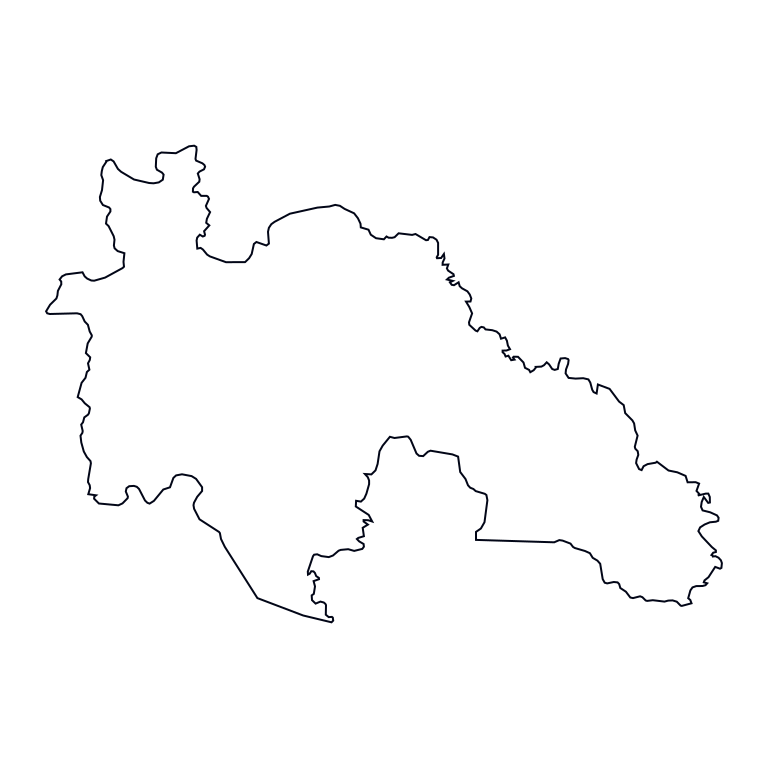 outline of Savanes
{"feature_id": "CIV-3431", "entity_name": "Savanes", "entity_type": "Department", "adm_level": 1, "iso_a3": "CIV", "parent_name": "Ivory Coast", "parent_adm1": "", "projection": "albers", "projection_center": [-5.464, 9.628], "detail": "fine", "context": "isolated", "style": "outline", "palette": "ink", "viewbox_px": 768, "rotation_deg": 0, "n_neighbors": 0, "source": "natural_earth", "source_scale": "10m", "svg_char_len": 6065}
<svg xmlns="http://www.w3.org/2000/svg" viewBox="0 0 768 768"><path d="M344.6,208.9L354.1,213.3L357.9,218.2L360.5,223.7L360.8,227.4L368.5,229.7L370.8,234.7L376.0,238.2L383.9,239.3L386.5,236.5L388.6,237.7L392.1,237.8L394.6,237.2L398.6,233.3L412.1,234.9L415.5,234.0L426.0,240.2L427.9,240.0L429.5,237.1L433.0,237.4L436.5,239.7L438.1,242.9L438.1,254.8L436.7,257.3L437.0,258.2L441.1,258.0L443.9,254.0L444.5,258.5L442.7,262.4L442.6,264.8L448.3,264.5L446.9,268.4L448.1,270.6L453.5,274.2L453.9,275.9L448.9,277.7L447.0,279.5L452.8,280.9L449.9,282.3L451.7,284.8L454.0,285.2L458.6,282.3L459.7,286.2L462.0,288.3L467.4,291.3L469.8,294.6L471.3,298.5L470.5,301.5L466.0,301.6L469.3,307.0L472.1,313.4L469.0,322.3L469.3,324.8L475.6,330.6L477.4,331.3L479.7,327.9L481.4,326.9L483.8,327.4L485.5,329.4L492.3,330.2L496.6,331.6L499.6,334.3L501.0,338.7L505.1,337.4L506.9,340.7L507.9,345.6L510.0,349.2L506.5,350.5L502.6,350.6L502.6,352.2L504.5,353.9L505.6,356.5L508.4,355.7L511.2,360.2L514.5,359.6L512.9,357.5L513.7,356.7L518.0,356.8L523.5,362.5L525.0,367.8L529.1,369.9L530.3,372.2L533.7,370.2L535.9,367.5L535.7,366.9L541.4,366.6L544.0,365.2L546.7,362.3L549.1,364.4L552.2,369.0L554.7,369.9L557.8,369.0L558.7,363.8L560.6,358.5L565.1,358.1L568.1,359.1L568.6,360.1L568.1,363.9L566.0,369.5L565.6,373.4L568.6,377.9L575.6,378.6L583.2,378.2L588.4,379.4L590.3,382.6L592.2,389.7L593.6,392.1L596.6,393.5L597.9,384.5L609.6,388.9L619.1,401.6L623.7,405.1L625.2,413.1L632.4,420.4L634.1,423.4L635.2,430.4L637.6,435.6L634.8,446.8L635.3,448.7L637.7,451.2L638.3,454.9L636.6,459.6L636.1,463.1L639.1,469.1L641.6,470.1L643.6,466.2L647.6,464.1L655.7,462.7L656.9,461.7L668.5,470.5L677.3,472.3L685.6,475.9L687.6,482.3L695.7,482.2L699.1,483.6L696.5,490.9L699.5,494.2L697.9,495.5L705.8,493.6L708.3,493.6L709.8,497.0L709.9,502.5L708.2,502.9L703.8,497.0L701.7,502.0L701.0,506.8L702.6,510.4L710.2,512.3L717.0,515.4L718.6,517.8L718.2,520.8L715.9,521.7L709.9,522.3L704.6,524.5L700.1,527.4L698.4,531.1L701.8,536.4L711.8,547.0L715.9,550.4L715.9,552.0L713.2,552.7L711.5,555.0L712.5,555.4L712.8,556.5L715.5,556.2L718.5,557.7L720.9,560.3L721.9,563.1L721.4,567.9L720.0,568.7L715.2,566.9L708.5,577.2L704.5,580.4L703.8,582.3L707.2,583.3L705.5,585.2L702.6,586.0L696.2,586.1L692.5,587.4L690.4,590.4L688.2,598.2L690.3,600.0L691.5,603.3L681.8,605.9L680.6,605.6L676.8,601.7L672.6,600.4L668.2,600.6L664.5,601.6L652.8,600.2L647.2,600.9L645.7,600.5L642.4,597.2L640.1,596.3L633.0,598.1L630.3,597.5L625.9,591.7L620.3,588.0L619.2,584.1L617.6,582.4L613.8,582.0L607.2,583.4L604.7,582.7L602.7,579.1L600.2,563.8L597.4,560.6L592.7,557.8L589.9,553.2L585.0,551.0L574.8,548.0L573.0,546.9L570.5,543.6L562.6,540.6L559.3,540.1L554.2,542.3L476.0,539.9L476.0,531.9L480.9,528.5L484.5,522.2L487.4,500.2L486.4,495.0L484.8,493.8L475.7,491.1L473.4,489.0L470.2,487.7L468.0,485.3L465.5,479.0L460.2,472.0L458.1,456.6L452.4,454.4L430.5,450.7L427.8,451.8L423.2,456.1L419.1,455.8L416.5,453.5L410.7,439.8L408.2,436.7L406.9,436.4L394.5,438.0L389.9,436.8L382.7,445.6L379.5,451.3L377.6,464.0L375.5,470.4L371.4,474.4L364.9,474.0L367.8,477.2L369.1,480.5L369.1,484.2L366.4,493.7L364.2,498.6L360.9,501.6L356.1,500.8L355.8,506.5L368.7,514.9L372.2,521.5L368.1,520.2L363.6,520.1L363.6,521.5L367.9,524.6L362.7,527.8L363.9,536.2L358.3,537.9L356.9,539.0L359.2,541.4L363.6,544.0L363.9,546.7L362.3,548.9L354.2,550.9L348.2,549.2L340.7,549.9L338.6,550.7L333.0,555.5L328.8,557.1L321.3,556.1L317.2,554.3L314.1,554.7L313.0,556.2L307.8,571.6L308.0,574.6L309.7,573.7L311.3,571.2L313.5,571.4L314.9,572.9L316.2,576.1L318.9,577.9L319.0,579.2L313.6,581.1L315.0,586.4L313.8,593.9L311.7,595.4L312.0,600.1L315.6,603.6L320.4,601.6L323.8,602.5L325.4,603.9L326.0,605.1L325.8,614.7L328.7,617.1L331.9,616.9L332.8,617.6L333.2,620.6L331.5,622.3L303.2,615.5L257.4,598.1L224.8,546.8L221.0,539.0L219.9,533.1L219.1,532.0L199.5,519.3L194.1,508.8L193.5,505.2L194.0,502.7L197.2,496.8L202.1,491.0L202.1,487.2L196.1,478.9L191.6,476.1L182.0,474.3L176.1,475.4L173.4,477.9L170.0,487.3L163.3,489.5L153.9,500.9L149.6,503.6L147.4,502.8L145.0,500.5L139.0,488.9L136.8,486.8L133.9,485.9L129.2,486.2L126.5,488.2L125.8,491.5L127.9,496.6L127.6,498.2L122.5,503.4L118.4,505.3L98.9,503.5L94.1,498.7L94.3,496.6L96.0,495.3L88.3,494.2L90.1,488.1L89.7,485.2L88.0,482.1L88.2,479.2L90.9,463.3L90.5,461.1L86.9,457.1L83.8,451.5L81.3,442.5L80.5,435.7L82.4,432.8L82.7,431.0L81.2,424.6L83.0,422.3L84.3,417.4L88.0,414.7L88.9,413.3L89.9,408.6L89.6,407.2L84.8,403.3L81.6,399.4L77.7,397.1L81.6,382.8L85.5,377.8L86.9,372.0L89.4,369.7L88.0,363.3L89.8,360.0L90.2,357.3L85.9,353.1L87.7,343.4L91.7,336.7L91.8,335.3L89.7,331.5L87.9,324.8L84.7,321.5L82.2,316.1L80.6,314.2L77.0,313.3L49.8,314.0L47.2,313.3L46.1,311.3L50.1,304.7L56.4,298.5L57.4,295.4L57.9,290.9L61.3,284.3L61.2,281.5L59.6,279.5L62.1,276.3L65.9,274.4L82.5,272.3L84.7,276.4L87.2,278.6L91.3,280.5L94.2,280.7L105.1,277.6L122.5,268.1L124.0,266.7L123.5,261.9L124.4,253.2L117.7,251.1L114.6,248.3L113.9,245.5L114.5,239.7L113.7,236.2L108.6,226.1L106.0,223.6L107.0,216.6L110.4,211.5L110.4,209.1L109.1,207.5L102.9,205.0L100.2,200.7L99.9,197.0L102.0,190.1L103.1,180.2L101.3,175.1L101.8,171.1L102.8,167.1L106.3,161.8L106.1,161.1L110.8,159.5L113.6,161.4L117.9,168.9L121.1,171.8L134.0,179.5L149.1,183.0L153.6,183.3L158.8,182.4L162.8,179.7L163.6,174.6L162.0,172.6L156.9,169.7L155.8,166.8L156.2,158.3L157.7,154.3L161.4,152.5L175.9,153.2L189.0,146.3L194.2,145.7L196.3,146.9L196.6,149.9L195.5,158.9L196.1,160.6L202.4,163.3L204.4,165.0L205.1,166.7L204.0,169.3L199.5,171.6L197.8,173.5L199.6,179.2L199.3,181.7L194.0,186.7L193.0,188.4L192.9,191.7L194.0,192.3L197.7,192.0L201.2,195.9L206.8,195.9L208.0,196.7L209.0,198.9L205.9,205.9L206.6,208.0L210.1,212.1L206.9,218.8L206.2,222.8L209.3,225.4L204.1,231.2L205.0,234.7L204.6,235.8L202.8,236.5L199.8,234.7L197.2,237.6L196.6,240.5L197.3,248.6L200.6,247.9L202.9,249.5L207.1,254.6L209.9,256.4L226.0,262.2L245.1,262.1L249.1,258.2L251.7,254.0L253.9,244.0L256.4,242.0L266.4,245.5L268.9,243.6L268.0,231.8L268.9,227.8L271.3,224.2L274.6,221.8L289.9,213.7L317.4,207.6L329.3,206.5L335.2,204.9L339.9,205.8L344.6,208.9Z" fill="none" stroke="#020617" stroke-width="2"/></svg>